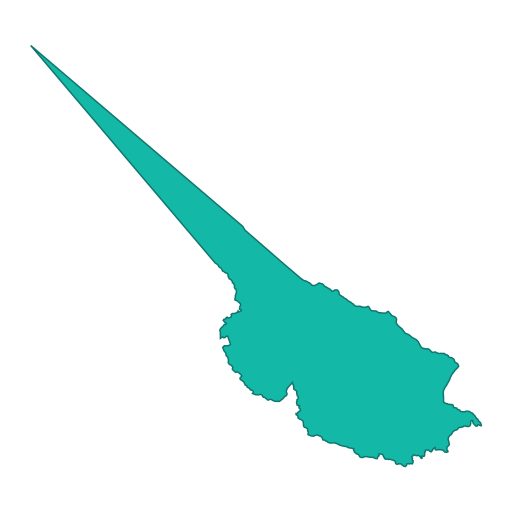 the district of Runyenjes, Eastern, Kenya
{"feature_id": "3690345B92144089270932", "entity_name": "Runyenjes", "entity_type": "district", "adm_level": 2, "iso_a3": "KEN", "parent_name": "Kenya", "parent_adm1": "Eastern", "projection": "orthographic", "projection_center": [37.591, -0.339], "detail": "fine", "context": "isolated", "style": "filled", "palette": "teal", "viewbox_px": 512, "rotation_deg": 0, "n_neighbors": 0, "source": "geoboundaries", "source_scale": "gbopen_adm2", "svg_char_len": 6130}
<svg xmlns="http://www.w3.org/2000/svg" viewBox="0 0 512 512"><path d="M354.4,452.1L356.9,454.1L357.8,454.1L358.5,454.6L359.9,456.9L361.2,457.5L363.2,457.4L364.1,456.7L366.4,456.6L370.6,457.3L373.5,457.4L374.7,458.2L376.0,458.6L377.3,458.6L377.6,457.2L378.4,456.1L379.1,455.7L378.7,454.9L378.9,453.9L379.8,453.8L380.8,454.1L382.3,454.3L383.1,455.3L383.6,456.8L384.3,457.4L384.5,458.5L385.6,459.2L387.3,459.0L388.4,459.5L389.4,459.2L392.9,460.1L394.1,460.6L394.9,461.1L395.5,461.8L395.4,462.7L395.8,463.6L396.6,464.2L397.8,464.2L398.7,463.8L400.6,463.9L401.6,464.2L402.3,465.2L404.1,466.3L405.5,466.5L406.4,465.5L407.0,463.9L408.2,463.6L409.1,464.0L410.1,463.6L412.4,463.8L413.1,462.0L413.2,460.9L412.5,460.4L412.2,459.5L412.6,458.5L411.7,457.1L412.1,456.3L413.2,455.7L413.9,454.7L415.2,455.3L416.6,455.7L418.3,455.4L419.3,455.9L420.2,456.8L421.3,458.4L422.2,457.9L421.5,457.0L422.1,455.9L423.3,456.3L424.3,456.1L424.7,454.8L424.6,452.2L425.4,451.8L425.4,450.4L426.2,449.9L428.8,450.3L429.6,451.1L431.1,451.9L432.4,450.5L432.6,449.5L433.8,448.4L435.1,447.6L435.3,449.7L436.4,450.0L439.0,449.6L442.2,449.9L443.4,450.6L444.7,452.0L446.7,452.3L447.9,451.8L447.9,450.9L446.9,450.3L447.0,449.1L446.9,447.2L447.7,446.5L449.1,445.1L449.3,443.9L448.1,438.9L448.6,437.1L450.0,435.3L451.1,434.7L452.1,433.3L452.5,432.4L453.4,431.4L455.1,430.2L456.8,429.9L457.8,428.9L458.6,427.7L462.9,426.9L463.7,426.1L465.0,426.0L467.2,426.5L468.4,426.5L469.4,426.2L470.0,425.6L470.5,424.7L470.7,423.6L470.7,421.4L471.4,420.5L472.5,420.5L473.0,422.7L473.4,423.5L475.7,426.0L476.9,426.2L478.1,424.6L479.1,425.0L480.2,425.6L481.3,425.7L481.0,424.1L480.4,422.6L479.0,421.4L477.6,419.1L476.6,418.5L474.5,415.3L473.3,414.5L473.0,413.6L472.1,413.0L471.1,412.8L470.3,412.0L468.3,411.2L465.9,411.2L464.8,411.8L462.1,411.7L460.4,411.4L459.6,410.0L458.3,409.6L457.2,409.1L456.8,408.1L453.8,407.5L453.1,405.5L452.7,404.8L451.6,404.5L448.2,404.3L447.3,403.6L446.2,403.6L443.6,402.3L443.5,396.4L443.2,392.6L443.6,390.3L445.0,387.4L446.5,385.3L449.4,380.1L450.4,377.4L451.9,374.4L455.1,370.2L457.8,367.5L458.7,366.1L457.8,364.0L456.8,363.2L455.0,362.1L454.5,361.3L454.4,360.3L453.8,359.2L452.5,358.3L451.8,357.7L449.4,357.3L448.5,356.7L448.2,355.8L447.5,355.1L446.1,354.8L444.1,353.4L441.9,353.5L441.0,353.3L439.7,353.5L438.3,353.4L435.5,352.1L434.5,352.0L433.2,352.5L431.7,352.0L429.3,349.5L427.9,348.8L425.6,348.9L423.0,348.3L422.1,348.0L420.7,346.5L418.3,341.8L416.7,340.1L415.8,339.4L412.3,337.6L408.7,334.6L405.2,333.2L402.1,329.0L398.1,325.7L396.6,323.7L396.1,322.3L396.6,319.4L396.1,318.0L395.3,317.2L394.4,316.6L392.1,315.8L388.3,311.4L387.2,311.8L386.1,313.0L385.1,313.1L383.2,313.1L378.8,312.6L377.8,312.2L376.2,311.0L372.0,310.8L371.1,310.4L370.4,309.7L369.0,307.2L368.4,306.4L367.4,306.5L366.2,307.2L364.8,307.3L362.5,307.1L360.5,306.4L359.3,306.2L356.8,306.4L355.2,305.9L354.2,305.2L353.5,304.2L352.8,303.9L350.8,302.3L347.8,300.6L346.6,299.3L345.1,298.5L344.1,297.9L343.4,297.2L340.0,295.1L339.3,294.5L339.0,292.6L338.6,291.5L337.7,290.2L336.7,289.9L335.4,289.9L334.2,290.3L332.9,291.2L331.9,291.3L330.3,289.4L327.6,287.9L325.9,286.8L324.4,286.2L323.3,284.6L322.4,283.9L319.0,283.0L316.3,284.9L315.2,285.3L313.6,285.6L311.7,285.1L310.9,284.0L309.4,282.8L308.6,282.5L306.2,281.1L303.6,280.4L300.7,278.3L283.9,264.0L244.9,230.1L242.8,226.4L30.7,45.5L215.2,263.0L217.0,264.1L218.0,265.0L218.6,266.2L219.5,267.4L220.8,267.8L221.6,268.8L222.5,271.0L223.8,271.5L225.3,272.8L226.4,273.0L228.0,274.1L228.1,276.2L229.2,278.8L230.4,279.3L232.0,280.9L232.4,281.8L232.4,282.8L233.5,283.3L233.9,284.4L234.6,285.5L234.4,286.6L234.5,287.7L235.2,288.9L236.1,289.4L236.3,290.2L236.4,292.3L236.2,293.5L235.7,294.4L235.4,295.4L235.3,298.0L234.9,298.9L234.9,299.9L237.4,301.0L240.3,303.6L240.7,305.0L240.0,306.4L239.6,308.1L239.6,309.3L240.6,309.5L241.4,310.0L241.2,310.9L238.9,312.0L238.1,310.9L237.5,312.3L236.6,312.5L235.5,313.4L232.8,313.5L231.9,313.8L231.1,314.5L231.4,315.7L231.3,316.8L229.2,317.9L227.8,317.9L227.3,317.2L226.3,317.4L226.1,318.5L224.9,319.1L223.8,319.4L223.2,320.4L224.7,322.1L225.8,322.6L226.4,323.4L225.7,324.5L224.7,324.2L223.9,325.0L223.2,326.1L221.9,327.1L220.1,329.3L219.8,330.5L220.3,331.5L220.4,338.4L222.4,337.0L224.0,337.8L225.0,337.5L226.0,336.5L227.3,336.0L227.9,336.8L230.0,342.6L230.4,344.4L228.4,345.8L227.2,345.6L225.7,345.9L224.5,345.7L222.7,347.3L223.9,350.6L224.9,352.0L225.6,352.6L226.0,353.6L226.0,355.2L226.7,356.3L227.8,357.2L228.5,360.2L228.2,362.5L228.7,363.5L229.5,364.5L231.0,365.1L232.6,366.7L232.8,367.6L232.3,369.2L233.4,370.5L235.7,372.4L237.5,371.7L238.1,372.4L239.1,373.0L241.2,375.0L241.9,376.0L241.1,376.9L240.3,377.4L240.0,378.5L240.4,379.7L241.2,379.9L242.0,380.5L243.9,382.0L245.3,385.1L246.9,385.9L247.2,387.1L249.0,388.1L249.7,388.6L250.3,389.8L252.6,390.6L253.3,391.4L253.3,392.3L252.5,393.5L255.9,394.8L257.0,394.7L258.6,394.9L260.0,394.4L261.3,394.6L262.3,395.3L262.6,396.3L263.3,397.2L265.0,397.6L266.3,398.7L267.3,399.8L268.4,400.1L269.6,399.4L271.1,399.4L273.3,400.7L275.1,401.3L279.2,401.4L280.1,400.9L282.1,399.3L283.2,398.4L284.2,397.1L285.1,396.3L285.9,395.9L286.8,395.0L287.0,393.4L286.5,392.5L286.3,391.4L286.6,390.0L287.4,388.3L288.1,387.3L289.2,386.0L292.5,382.6L292.5,383.5L293.7,385.9L293.9,389.4L295.4,390.0L296.7,391.3L296.7,393.5L297.0,394.4L297.2,395.6L298.1,396.8L298.4,398.1L297.8,399.0L296.9,399.9L297.0,401.2L296.5,402.3L297.2,405.2L298.7,405.4L299.7,406.2L298.9,406.9L299.1,408.0L300.4,409.2L300.3,410.7L298.7,411.7L298.0,412.3L297.6,413.3L296.0,413.5L296.2,414.8L297.3,415.3L298.0,416.1L297.9,417.1L298.2,418.1L299.6,419.1L300.8,419.5L302.7,420.7L303.2,421.7L303.6,426.2L304.3,427.1L305.3,427.4L307.2,428.5L307.8,429.7L307.6,430.9L308.2,431.8L308.3,432.8L308.0,433.7L308.0,434.6L311.1,435.9L313.8,436.2L314.9,435.4L317.2,434.9L318.4,435.4L319.1,435.9L320.0,436.0L320.9,436.4L322.2,437.7L322.8,439.8L324.6,440.2L325.6,440.9L326.8,441.3L327.5,442.0L328.5,442.5L329.9,443.0L334.6,442.9L337.8,444.0L339.6,445.1L342.8,446.0L346.8,446.7L347.7,447.4L348.5,447.7L352.2,448.3L353.7,448.7L353.5,449.7L353.8,450.7L354.5,451.2L354.4,452.1Z" fill="#14b8a6" stroke="#0f766e" stroke-width="1.5"/></svg>